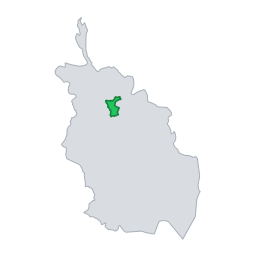 location of Parwan within Afghanistan, rotated 277°
{"feature_id": "AFG-1772", "entity_name": "Parwan", "entity_type": "Province", "adm_level": 1, "iso_a3": "AFG", "parent_name": "Afghanistan", "parent_adm1": "", "projection": "orthographic", "projection_center": [68.914, 35.004], "detail": "fine", "context": "in_parent", "style": "filled", "palette": "green", "viewbox_px": 256, "rotation_deg": 277, "n_neighbors": 0, "source": "natural_earth", "source_scale": "10m", "svg_char_len": 5420}
<svg xmlns="http://www.w3.org/2000/svg" viewBox="0 0 256 256"><g transform="rotate(277 128 128)"><path d="M113.4,68.2L118.5,67.8L121.8,68.6L123.6,70.3L125.3,70.8L127.0,70.0L128.1,69.9L128.5,70.4L129.4,70.7L130.7,70.6L131.4,71.1L131.6,72.1L132.5,73.5L134.3,75.1L135.8,75.5L137.9,74.3L138.5,74.5L138.9,74.0L139.1,73.1L140.3,72.3L142.6,71.5L143.9,70.7L144.3,70.1L145.1,70.0L145.9,70.2L146.5,69.9L146.9,69.1L147.7,68.8L148.4,69.0L151.5,71.9L152.7,72.8L153.3,72.6L154.8,71.0L155.0,69.6L154.6,67.6L154.9,66.1L155.9,64.9L157.7,64.2L160.5,63.9L162.1,64.0L162.8,64.6L163.6,65.0L164.7,65.0L165.6,64.3L166.5,62.9L166.5,61.1L165.7,58.9L165.9,58.3L167.3,57.2L168.7,55.6L170.1,53.5L171.4,50.9L173.0,49.4L175.0,48.7L177.4,49.4L180.2,51.2L181.4,53.6L180.8,56.5L180.7,58.1L181.3,58.4L184.5,57.7L185.0,58.1L185.0,58.9L184.5,60.2L184.0,63.6L183.3,72.0L184.8,77.0L185.8,78.9L186.8,79.5L187.7,79.7L188.7,79.5L190.6,78.2L193.5,75.7L196.4,74.2L200.6,73.2L201.9,70.6L203.7,68.9L208.1,66.2L210.4,65.1L211.8,64.9L215.2,65.7L215.4,66.4L215.2,67.3L214.3,68.0L214.0,68.5L214.4,68.9L215.8,69.0L221.5,67.0L222.7,65.4L224.0,65.2L226.5,65.7L228.3,65.4L229.4,66.0L231.8,68.1L231.0,68.3L230.0,67.9L229.4,67.2L227.1,68.3L224.6,69.8L224.6,70.2L227.1,72.1L222.3,74.6L220.2,75.9L219.7,76.0L216.3,75.0L207.2,75.8L200.2,76.7L197.5,78.0L195.0,78.6L193.7,79.3L192.9,80.5L189.1,83.2L188.4,84.2L186.2,84.1L184.1,86.7L180.9,89.8L180.2,91.3L180.7,92.0L182.5,93.1L183.3,94.1L184.6,97.0L185.2,99.0L186.0,99.9L186.5,102.3L185.7,103.8L185.7,104.5L186.9,106.3L186.6,106.9L185.8,107.8L184.6,110.2L182.3,112.0L181.3,113.6L179.7,115.3L179.1,116.8L178.4,117.6L177.6,118.1L177.8,118.8L178.5,119.8L179.6,120.9L179.6,125.3L179.1,126.5L176.1,127.8L173.3,128.4L169.8,128.5L168.5,128.3L163.6,126.7L162.1,127.5L161.8,129.5L164.6,132.6L165.7,134.3L167.0,137.3L168.0,138.8L167.7,140.2L162.7,143.4L159.5,143.7L157.4,144.3L156.5,145.0L155.8,148.4L155.1,149.6L155.1,151.0L154.4,152.6L153.4,153.7L152.6,155.4L153.2,164.2L150.3,167.7L148.7,169.0L147.1,169.5L145.8,169.3L144.1,167.3L143.0,166.6L141.8,166.7L140.7,167.4L138.8,167.2L137.2,166.4L136.4,166.5L136.0,167.2L134.3,168.7L130.1,171.0L128.4,171.1L127.6,171.7L127.9,172.6L128.6,173.4L129.9,173.9L130.0,174.6L127.8,175.7L125.7,176.4L123.2,176.7L120.6,176.2L119.3,175.2L117.7,175.0L116.3,175.8L114.8,176.9L112.6,180.0L109.6,181.8L108.8,183.7L107.8,187.1L108.0,192.2L107.5,194.4L106.9,195.9L107.0,197.0L107.9,198.4L107.5,199.2L106.6,200.2L105.8,200.7L89.1,205.0L86.4,205.0L85.0,204.7L80.3,204.5L78.3,204.8L76.3,205.4L74.8,206.1L73.7,207.3L71.7,206.5L65.6,205.0L48.8,205.6L47.3,205.2L24.4,195.9L39.8,179.8L40.3,178.4L40.5,175.6L39.9,171.8L38.6,170.0L26.1,167.1L25.9,164.1L26.2,162.8L26.2,160.3L26.3,158.4L27.1,155.2L27.3,153.8L24.4,139.2L24.5,137.8L27.1,134.7L30.2,131.8L30.1,131.2L28.7,130.7L26.5,130.5L25.4,129.9L24.5,128.9L24.2,127.6L25.0,125.4L24.8,120.9L27.4,117.3L31.0,117.4L29.3,114.5L29.0,114.2L28.9,113.7L29.1,113.3L30.0,113.2L32.3,111.6L32.5,110.6L34.5,108.2L34.4,107.0L35.8,104.0L35.3,102.0L35.3,100.8L36.6,100.2L37.7,97.5L38.2,96.8L38.3,96.1L38.1,94.9L39.3,94.8L40.3,96.4L41.9,98.1L43.0,98.6L44.4,98.9L47.5,98.6L48.2,98.8L51.3,101.7L51.8,102.4L52.0,103.5L52.5,103.9L53.7,102.9L54.8,102.6L56.9,103.1L58.0,102.8L63.5,99.7L64.1,97.6L64.6,96.4L65.4,95.7L64.7,93.2L65.0,92.7L65.7,92.5L67.5,92.6L75.6,90.3L77.7,90.5L78.2,90.2L78.3,89.5L79.0,88.7L82.8,86.9L85.1,85.0L86.0,83.5L90.0,71.2L92.0,70.2L94.0,69.5L100.5,69.5L101.9,65.7L102.5,64.8L103.7,64.0L108.4,66.8L113.4,68.2Z" fill="#d9dde1" stroke="#a8b0b8" stroke-width="1"/><path d="M149.8,112.2L148.8,111.9L148.7,112.0L148.2,112.9L147.7,114.1L147.7,114.4L147.5,114.5L147.1,115.3L147.2,116.0L147.0,116.7L146.8,116.8L146.6,116.8L146.2,116.6L145.6,116.4L145.4,116.3L144.9,116.3L144.7,116.3L144.5,116.2L144.2,116.0L144.1,115.9L143.8,115.9L143.6,115.8L142.6,115.5L142.4,115.5L142.2,115.6L141.3,116.2L140.9,116.4L140.7,116.5L140.4,116.7L140.0,116.6L139.9,116.6L139.7,115.9L139.7,115.7L139.6,115.4L138.8,114.6L138.7,114.3L138.7,113.9L138.6,113.6L138.4,113.4L138.2,113.3L138.1,113.2L138.2,112.6L138.2,112.1L138.1,111.7L138.1,111.2L137.9,110.7L137.2,109.9L137.3,109.7L137.6,109.5L138.0,109.4L138.4,109.2L138.5,109.0L138.5,108.9L138.7,108.7L139.8,109.1L140.0,109.1L140.9,108.9L141.8,109.0L142.6,109.0L142.9,108.9L143.3,108.7L143.3,108.4L143.2,108.2L143.3,107.9L144.0,107.8L144.2,107.7L145.2,106.9L145.3,106.8L145.4,106.7L145.6,106.3L145.8,106.0L146.0,105.8L146.1,105.6L146.3,105.5L146.9,105.3L147.5,105.7L147.8,105.7L148.4,105.2L148.5,105.0L148.6,104.9L149.3,104.7L149.5,104.5L149.6,104.3L149.9,103.9L150.0,103.7L150.9,103.3L151.0,103.3L151.1,103.2L151.3,102.9L151.7,102.6L152.2,102.8L152.4,102.7L152.5,102.7L152.6,102.8L152.8,103.1L152.8,103.6L152.6,104.4L152.6,106.3L152.5,106.7L152.6,107.3L153.1,107.2L153.2,107.9L153.1,108.9L153.0,109.2L153.1,109.5L153.3,109.8L153.7,110.0L154.1,110.1L154.3,110.2L154.5,110.4L154.8,110.7L155.2,111.2L156.1,111.2L156.7,111.5L157.2,111.6L157.3,112.0L157.2,112.8L157.3,113.1L157.2,114.0L157.2,114.3L157.3,114.6L157.4,114.8L157.5,115.0L157.7,115.3L157.8,115.3L158.0,115.4L158.0,115.6L157.9,115.7L157.8,116.2L157.3,116.1L157.1,116.1L156.9,116.4L156.9,116.6L156.8,116.8L156.6,117.0L156.4,117.1L155.8,117.3L155.5,117.3L155.3,116.6L155.1,115.7L154.7,114.9L154.5,114.7L154.2,114.6L153.9,114.3L153.5,113.5L153.3,113.0L152.7,112.7L152.3,112.3L152.0,112.2L151.8,112.1L151.3,112.3L150.0,112.2L149.8,112.2Z" fill="#22c55e" stroke="#15803d" stroke-width="1.5"/></g></svg>